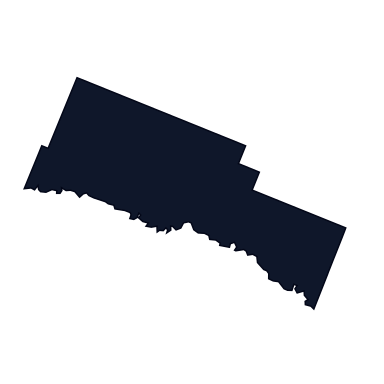 Roosevelt, Montana, United States of America (Natural Earth projection), rotated 22°
{"feature_id": "52423323B47296915924454", "entity_name": "Roosevelt", "entity_type": "district", "adm_level": 2, "iso_a3": "USA", "parent_name": "United States of America", "parent_adm1": "Montana", "projection": "natural_earth1", "projection_center": [-104.865, 48.28], "detail": "fine", "context": "isolated", "style": "filled", "palette": "ink", "viewbox_px": 384, "rotation_deg": 22, "n_neighbors": 0, "source": "geoboundaries", "source_scale": "gbopen_adm2", "svg_char_len": 1537}
<svg xmlns="http://www.w3.org/2000/svg" viewBox="0 0 384 384"><g transform="rotate(22 192 192)"><path d="M35.2,251.8L41.3,248.5L45.2,249.0L46.7,243.6L48.9,247.2L51.5,248.4L56.7,246.9L61.2,242.2L66.2,241.4L67.0,243.9L70.1,242.7L70.8,239.4L69.4,236.9L74.7,237.8L78.6,235.9L83.2,235.5L89.7,238.9L91.9,234.4L94.6,232.3L97.8,233.9L103.3,234.2L115.4,233.4L118.8,234.3L124.5,233.5L126.9,236.5L136.5,234.3L142.4,234.2L144.1,236.0L144.3,239.9L148.3,239.2L150.6,236.3L150.7,231.5L153.1,232.6L152.0,235.9L157.5,237.8L163.2,237.1L162.2,240.9L167.5,239.8L172.3,236.8L174.7,242.1L176.2,239.7L179.8,238.6L181.2,235.1L183.6,236.1L183.9,239.3L186.6,235.3L185.0,231.6L186.8,231.1L191.4,233.1L195.1,229.6L195.7,223.8L199.9,220.9L202.8,220.9L207.8,226.3L213.1,227.6L219.0,225.6L223.9,226.0L226.2,229.3L232.0,227.6L237.3,228.9L237.7,231.1L247.4,229.2L246.9,225.6L250.2,222.7L254.1,226.3L253.3,230.0L254.6,230.1L261.6,225.9L264.4,226.5L267.3,229.6L271.6,227.0L276.3,227.5L279.2,232.9L287.6,237.0L290.8,237.0L293.7,238.8L295.6,243.7L300.6,244.0L305.9,242.7L313.6,247.2L317.4,247.3L321.5,245.8L321.0,239.4L324.5,239.4L323.7,243.2L327.3,246.2L333.0,241.7L334.9,245.7L339.9,248.3L337.9,251.0L339.3,254.0L345.0,253.3L348.8,254.9L348.5,217.6L348.4,214.9L348.4,211.3L348.4,211.0L348.3,200.5L348.3,199.8L348.3,199.4L348.3,197.4L348.3,197.1L348.2,178.1L348.1,171.0L348.1,170.9L348.0,167.7L247.0,167.7L247.0,148.4L224.4,148.3L224.4,129.1L186.9,129.1L42.6,129.1L42.2,205.4L35.4,205.4L35.4,213.5L35.2,251.8Z" fill="#0f172a" stroke="#020617" stroke-width="1.5"/></g></svg>